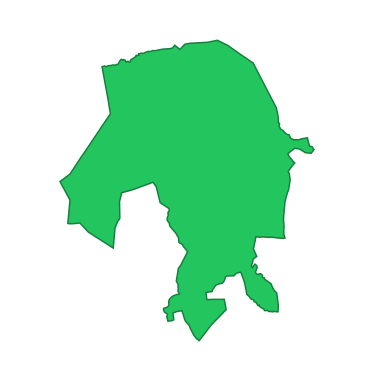 Zurmi, Zamfara, Nigeria (Robinson projection), rotated 259°
{"feature_id": "59680162B55239717258244", "entity_name": "Zurmi", "entity_type": "district", "adm_level": 2, "iso_a3": "NGA", "parent_name": "Nigeria", "parent_adm1": "Zamfara", "projection": "robinson", "projection_center": [6.653, 12.856], "detail": "fine", "context": "isolated", "style": "filled", "palette": "green", "viewbox_px": 384, "rotation_deg": 259, "n_neighbors": 0, "source": "geoboundaries", "source_scale": "gbopen_adm2", "svg_char_len": 4140}
<svg xmlns="http://www.w3.org/2000/svg" viewBox="0 0 384 384"><g transform="rotate(259 192 192)"><path d="M129.0,274.5L133.0,274.1L136.9,274.8L140.3,275.7L147.4,276.6L150.2,277.2L157.6,279.4L164.2,281.3L167.0,282.6L168.1,283.0L168.7,283.2L175.0,286.7L176.6,287.6L185.3,290.7L191.5,291.0L193.7,290.3L198.1,294.9L200.9,298.4L203.2,296.9L209.4,293.6L211.4,293.5L215.3,301.1L213.7,305.7L208.9,310.9L207.3,316.5L210.4,319.9L212.1,318.9L213.2,318.9L214.8,316.1L223.2,315.6L223.3,310.7L222.9,306.3L223.5,304.4L223.7,302.5L223.7,301.5L224.3,301.3L225.1,300.1L226.4,298.9L229.4,298.4L230.7,295.9L233.5,293.8L235.0,293.2L235.8,292.1L237.1,290.8L238.0,290.7L240.4,290.0L241.7,290.8L242.6,290.9L243.7,290.0L244.0,290.3L250.7,291.0L258.7,290.8L307.0,276.6L319.5,264.2L328.9,255.3L336.1,245.9L336.0,235.8L338.4,218.2L338.4,213.2L334.2,207.3L339.3,203.2L337.1,200.4L336.9,197.9L337.8,190.5L337.8,182.3L338.4,180.3L337.8,178.4L338.3,176.6L338.3,175.3L338.0,173.0L337.3,170.4L337.9,169.2L338.0,168.3L337.9,167.5L337.6,167.1L338.0,166.0L336.3,165.9L336.4,165.1L336.7,164.3L336.6,163.0L336.3,162.9L335.9,163.3L335.6,163.0L335.2,161.4L334.6,160.3L334.1,158.9L333.8,157.8L333.0,156.6L332.1,156.7L331.7,156.4L331.4,155.7L331.8,154.5L332.5,154.1L332.5,153.6L332.1,152.5L332.6,151.8L333.6,151.8L334.2,151.5L334.9,150.4L335.1,149.6L334.9,148.7L335.3,148.4L335.7,148.1L335.7,147.7L335.4,147.3L334.4,146.1L333.5,145.5L331.4,143.5L331.6,141.9L331.1,141.4L331.2,140.0L331.8,139.3L331.7,137.9L331.7,135.8L331.9,134.2L331.8,132.9L331.3,131.6L332.4,130.3L332.2,127.6L328.3,127.6L324.5,127.5L300.0,127.3L284.4,126.8L263.8,106.3L252.6,95.2L247.2,89.6L241.8,84.4L232.9,75.6L227.4,64.4L207.4,70.7L184.8,64.1L184.0,66.5L183.4,70.8L183.0,76.0L172.4,82.6L152.0,104.0L155.9,105.1L162.0,106.9L171.4,109.6L177.2,113.4L179.8,116.1L188.1,117.6L196.3,119.0L204.7,122.9L205.2,130.0L205.5,133.4L205.8,135.7L209.0,155.5L204.1,157.9L187.6,158.7L180.1,166.3L178.0,166.2L177.5,165.5L177.2,165.0L176.3,164.7L175.5,164.2L174.8,164.2L174.3,164.5L173.8,164.4L173.2,164.0L172.7,163.5L172.1,163.1L169.2,162.2L167.8,162.7L166.4,163.5L165.2,163.7L162.8,163.7L154.6,168.3L149.5,170.0L145.1,169.6L144.0,170.4L143.0,172.1L139.6,173.5L137.5,174.6L134.1,176.2L122.0,166.7L119.7,164.1L107.6,159.6L103.0,160.9L102.1,160.2L101.0,160.1L100.0,160.2L98.7,159.7L97.4,159.3L94.4,160.3L94.3,159.1L94.2,157.3L93.9,155.2L93.4,153.0L92.3,151.1L90.9,149.3L89.1,148.2L87.6,148.0L85.7,147.9L84.5,147.0L83.7,145.6L83.5,144.4L83.2,141.9L82.4,141.7L80.9,141.8L80.0,141.8L79.0,142.3L78.7,142.5L77.8,143.7L77.0,144.3L76.3,144.4L75.2,144.0L74.8,143.5L69.8,143.7L69.5,147.3L69.7,149.0L70.2,149.8L76.6,150.1L77.5,153.6L77.4,159.5L75.7,159.7L68.5,160.5L66.8,160.8L61.4,163.8L58.0,164.4L50.7,166.6L47.2,168.4L44.7,170.7L57.7,185.4L58.9,187.1L70.0,203.1L80.5,203.2L82.6,192.2L83.5,186.1L90.7,186.5L90.6,191.1L90.3,192.1L90.5,192.8L91.9,193.4L93.7,195.3L95.9,197.4L96.7,201.1L96.6,204.3L97.9,206.1L99.5,207.1L100.4,207.8L102.0,208.4L102.9,210.1L102.6,211.9L102.1,215.2L101.7,216.9L103.7,220.0L104.1,224.1L102.9,224.9L93.9,226.2L87.0,226.4L80.9,226.2L80.5,226.8L79.8,227.3L78.4,228.2L77.3,228.6L76.6,228.9L76.2,229.4L75.5,229.7L75.0,230.3L74.7,231.3L74.1,232.0L73.2,231.9L72.4,232.1L72.0,232.9L71.7,233.8L70.4,234.0L69.5,234.5L69.1,235.0L68.4,234.9L67.8,235.2L67.6,235.6L68.0,236.3L67.8,236.3L66.7,236.6L65.8,237.4L64.5,238.6L63.8,239.6L63.1,240.4L62.1,240.4L61.6,240.9L61.4,242.0L61.5,243.0L61.5,243.4L60.7,244.0L60.0,244.6L59.8,245.3L60.0,246.2L59.6,246.7L59.0,247.9L58.9,248.3L59.3,248.7L59.2,249.6L58.6,250.9L58.0,253.6L64.3,255.1L76.7,255.9L79.9,253.8L84.5,252.5L86.9,252.1L88.7,250.4L89.6,249.5L90.6,248.6L91.5,247.6L92.4,246.6L93.9,246.7L94.6,245.1L95.1,244.8L95.9,245.1L96.6,245.3L97.3,245.0L98.0,244.5L98.8,243.5L98.7,240.5L99.6,239.4L101.2,239.0L105.5,241.6L107.4,241.4L109.2,240.1L107.9,238.5L106.1,237.0L108.4,236.2L110.6,237.7L114.6,239.4L116.4,243.3L124.4,241.4L126.5,242.4L136.0,246.3L135.6,246.8L135.6,247.3L135.3,248.2L134.7,249.6L134.6,250.4L134.7,251.0L134.2,253.6L134.0,254.5L133.1,257.6L132.1,262.7L130.7,266.8L129.5,271.0L129.3,272.4L129.0,274.5Z" fill="#22c55e" stroke="#15803d" stroke-width="1.5"/></g></svg>